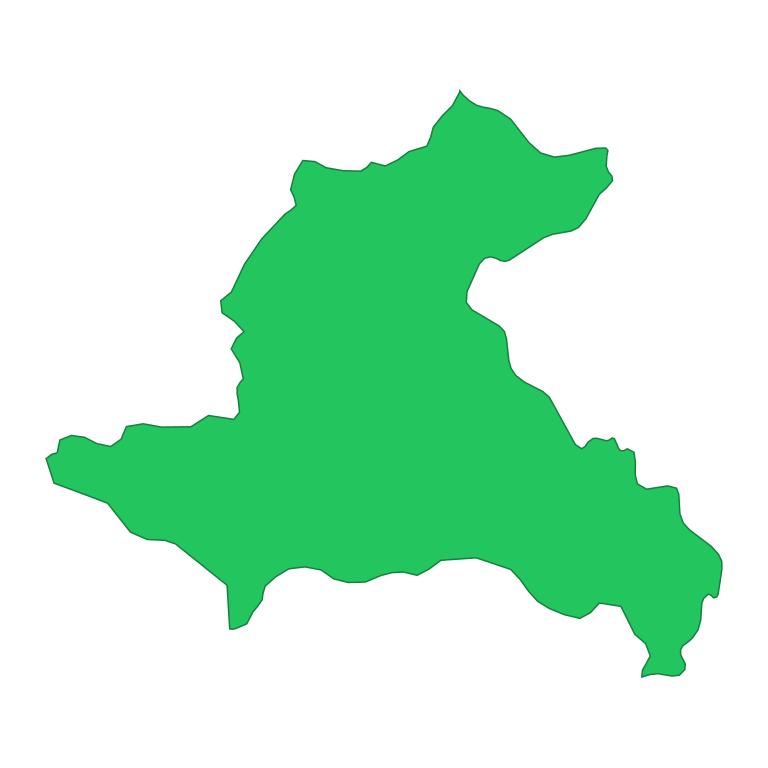 map outline of Xékong (orthographic projection)
{"feature_id": "LAO-3295", "entity_name": "Xékong", "entity_type": "Province", "adm_level": 1, "iso_a3": "LAO", "parent_name": "Laos", "parent_adm1": "", "projection": "orthographic", "projection_center": [107.128, 15.614], "detail": "fine", "context": "isolated", "style": "filled", "palette": "green", "viewbox_px": 768, "rotation_deg": 0, "n_neighbors": 0, "source": "natural_earth", "source_scale": "10m", "svg_char_len": 2518}
<svg xmlns="http://www.w3.org/2000/svg" viewBox="0 0 768 768"><path d="M460.0,91.0L463.0,95.0L469.1,100.6L476.6,105.3L483.3,107.2L490.2,108.4L497.9,110.6L510.7,119.2L529.1,142.8L540.5,152.9L554.2,157.1L568.6,155.4L596.0,148.3L605.7,148.0L607.9,150.5L606.8,156.4L606.8,157.4L606.2,166.2L608.5,172.0L611.9,176.1L612.5,180.7L606.5,187.9L599.3,194.3L585.8,218.9L578.4,227.5L571.2,231.0L552.4,234.3L543.5,237.8L509.3,260.2L505.1,261.3L500.6,260.6L496.0,258.3L490.9,256.8L484.8,258.2L479.4,263.8L467.0,291.7L466.3,302.4L472.0,309.9L499.2,326.0L504.4,331.5L506.5,338.9L508.8,360.2L511.0,368.3L515.8,375.5L524.0,381.9L542.9,391.6L549.3,397.2L575.5,444.8L581.6,448.7L585.1,446.6L588.2,442.0L593.2,438.4L596.8,438.3L606.6,440.8L609.5,439.9L612.0,438.0L614.4,438.6L617.1,444.8L618.7,448.7L620.8,450.8L623.7,450.8L627.3,448.8L634.0,452.3L635.4,462.5L635.2,474.6L637.3,483.8L646.6,489.2L667.8,485.9L676.5,488.2L678.1,492.4L678.8,494.2L679.9,513.9L683.3,523.1L689.2,529.6L711.3,546.4L718.5,554.3L721.8,561.5L721.9,569.4L718.2,593.8L716.8,596.9L713.6,597.9L711.2,595.4L708.3,594.1L703.6,598.5L701.8,603.3L700.7,620.1L698.0,629.9L692.8,637.5L689.8,640.5L682.7,645.9L680.5,649.8L680.7,654.9L685.3,664.1L684.8,669.6L679.3,675.3L671.7,676.0L658.1,673.7L650.0,674.5L641.8,677.0L641.8,676.8L642.4,670.4L650.3,656.0L645.7,643.7L634.8,634.3L621.0,606.4L599.4,603.0L590.5,612.6L579.9,618.4L564.5,614.7L549.3,608.5L537.6,601.3L528.7,591.4L520.0,579.3L510.6,569.4L476.2,557.8L440.9,560.3L429.2,569.0L417.1,575.3L403.3,572.0L392.2,572.6L381.5,575.3L365.4,582.0L348.1,582.5L333.8,578.9L321.0,569.9L304.9,566.9L288.9,568.8L275.8,576.7L265.2,586.1L263.1,593.0L262.1,599.9L257.8,606.1L252.9,612.0L246.7,623.9L235.8,628.5L232.5,629.3L229.7,628.9L227.1,585.3L175.5,543.9L164.6,540.3L147.2,539.5L130.5,532.2L107.6,503.2L82.3,493.6L54.1,483.2L46.1,458.6L51.6,454.4L57.2,452.8L59.9,440.0L71.4,435.5L84.5,437.3L96.8,443.6L110.8,446.5L121.1,439.2L126.4,426.6L143.2,423.8L161.5,427.1L190.9,426.8L208.5,415.5L233.8,419.4L239.5,412.3L238.4,400.6L237.2,394.1L237.1,387.5L240.5,381.9L243.3,379.0L239.8,362.7L231.2,348.9L236.6,338.0L244.0,331.7L234.3,321.2L222.1,312.8L220.7,300.8L231.4,292.0L244.5,264.2L261.8,238.8L284.9,214.2L291.1,209.9L296.2,205.4L294.2,197.2L290.6,189.7L294.6,174.0L302.8,160.5L315.0,161.6L326.0,167.7L342.9,170.7L360.6,171.2L367.0,167.3L371.4,162.3L385.1,166.0L397.3,160.2L409.0,151.6L426.9,146.1L430.6,137.2L433.3,127.2L442.4,115.6L452.4,105.7L459.6,92.3L460.0,91.1L460.0,91.0Z" fill="#22c55e" stroke="#15803d" stroke-width="1.5"/></svg>